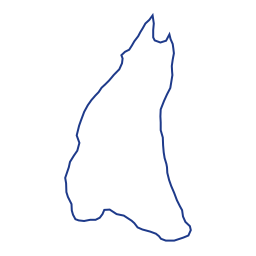 Agios Sergios, Cyprus
{"feature_id": "46923920B79563673366387", "entity_name": "Agios Sergios", "entity_type": "district", "adm_level": 2, "iso_a3": "CYP", "parent_name": "Cyprus", "parent_adm1": "", "projection": "albers", "projection_center": [33.892, 35.205], "detail": "fine", "context": "isolated", "style": "outline", "palette": "blue", "viewbox_px": 256, "rotation_deg": 0, "n_neighbors": 0, "source": "geoboundaries", "source_scale": "gbopen_adm2", "svg_char_len": 1287}
<svg xmlns="http://www.w3.org/2000/svg" viewBox="0 0 256 256"><path d="M121.4,55.2L122.6,58.5L122.0,63.3L119.3,69.3L113.9,74.8L109.1,80.5L105.5,84.1L101.6,87.7L98.6,92.2L95.3,95.6L91.4,100.1L87.8,105.2L84.2,111.8L80.9,120.6L79.1,125.7L76.7,135.4L79.4,142.9L77.3,150.7L73.9,155.6L70.0,161.9L68.8,167.3L65.2,177.9L66.1,183.3L66.4,192.1L67.9,196.9L71.5,204.1L71.8,210.5L73.0,214.7L75.4,219.2L78.7,220.4L84.1,221.0L90.2,219.8L95.6,219.8L99.8,217.7L102.5,214.1L104.3,209.9L109.7,209.6L116.6,214.1L123.8,215.6L131.6,220.7L134.3,223.1L137.6,227.4L142.4,229.5L150.2,231.6L155.9,233.7L158.9,236.1L161.0,238.8L165.8,240.6L174.2,240.6L178.8,239.1L183.3,237.6L188.4,235.5L190.8,230.1L189.9,226.2L185.4,221.9L183.0,216.5L182.1,210.2L179.9,206.2L176.9,200.2L174.2,193.0L171.2,186.0L169.1,180.0L167.3,172.8L167.0,167.3L166.4,164.0L164.6,158.0L163.7,152.3L163.1,145.3L162.8,137.5L160.7,130.2L160.7,122.4L160.4,116.4L160.7,109.4L164.0,101.0L167.0,94.4L170.3,88.0L172.4,75.1L172.1,71.7L171.8,66.0L172.7,59.7L173.9,53.3L173.3,48.2L172.7,44.0L170.6,39.2L169.4,34.4L166.1,40.7L160.4,42.5L154.7,40.4L153.2,37.4L153.2,30.1L153.8,23.5L152.6,15.4L149.3,19.9L145.4,23.5L142.7,28.3L140.3,32.2L138.2,36.2L134.3,41.3L131.9,45.5L129.2,49.7L125.0,51.8L121.4,55.2Z" fill="none" stroke="#1e3a8a" stroke-width="2"/></svg>